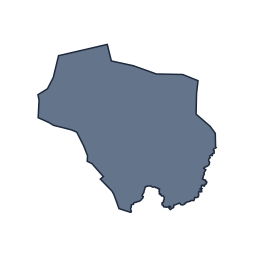 outline of Xairxan, Arhangay, Mongolia, rotated 161°
{"feature_id": "93677404B50954701545850", "entity_name": "Xairxan", "entity_type": "district", "adm_level": 2, "iso_a3": "MNG", "parent_name": "Mongolia", "parent_adm1": "Arhangay", "projection": "natural_earth1", "projection_center": [101.878, 48.564], "detail": "fine", "context": "isolated", "style": "filled", "palette": "slate", "viewbox_px": 256, "rotation_deg": 161, "n_neighbors": 0, "source": "geoboundaries", "source_scale": "gbopen_adm2", "svg_char_len": 5152}
<svg xmlns="http://www.w3.org/2000/svg" viewBox="0 0 256 256"><g transform="rotate(161 128 128)"><path d="M170.1,219.0L182.2,200.1L191.4,191.3L202.3,188.8L203.1,183.1L209.6,167.0L200.8,158.7L197.6,154.8L182.2,144.7L178.6,141.5L177.8,140.6L175.7,125.5L175.3,114.9L177.4,109.8L173.7,106.1L167.1,90.1L170.8,88.7L163.7,73.6L163.0,69.6L162.8,58.1L162.8,54.7L153.0,47.4L152.7,47.3L152.1,48.0L151.9,48.2L151.9,48.6L152.0,48.9L152.0,49.8L152.0,50.1L151.9,50.3L151.8,50.8L151.7,51.0L151.6,51.3L151.2,51.6L150.9,51.8L150.7,52.1L150.5,52.5L150.4,52.8L150.3,53.4L150.2,53.9L150.2,54.1L149.9,54.3L148.9,54.3L148.3,54.1L148.0,54.1L147.7,54.1L147.4,54.4L147.2,54.8L147.1,55.1L146.9,55.3L146.4,55.4L145.6,55.4L145.0,55.1L144.8,55.1L144.6,55.1L144.2,55.2L143.8,55.3L142.9,55.2L142.6,55.1L141.7,55.2L141.2,55.1L140.8,55.2L140.4,55.2L139.9,55.3L139.4,55.5L138.5,56.1L136.9,56.9L136.7,57.1L136.0,57.9L135.9,58.1L135.9,58.3L136.0,58.4L136.6,58.9L136.8,59.2L136.8,59.4L136.6,59.7L136.0,60.3L135.4,60.7L134.6,61.5L134.0,61.9L133.3,63.2L132.9,63.6L132.6,64.2L131.7,65.3L131.6,65.5L131.5,65.8L130.9,66.5L130.8,66.3L130.7,66.3L130.2,66.5L129.8,66.9L129.3,66.9L129.0,66.8L128.3,66.5L128.0,66.5L127.3,66.5L127.0,66.4L126.4,66.1L125.4,65.8L125.2,65.5L124.8,65.0L124.6,64.7L124.3,64.4L123.9,64.1L123.1,63.8L122.8,63.7L122.1,63.7L121.9,63.6L121.7,63.5L121.5,63.2L121.2,62.6L121.1,62.4L120.9,62.3L120.4,62.3L120.2,62.2L119.9,61.8L119.7,61.3L119.5,61.2L119.2,61.1L118.8,60.7L118.7,60.5L118.6,60.2L118.0,60.0L118.0,59.9L118.7,59.6L118.8,59.5L118.8,59.3L118.7,58.8L118.7,58.7L118.8,58.5L119.2,58.0L119.3,57.8L119.3,57.7L119.2,57.4L119.2,57.0L119.5,56.6L119.6,56.1L119.7,55.9L119.9,55.6L119.8,55.4L119.5,55.3L119.0,55.2L118.8,55.2L118.7,55.1L118.7,54.9L119.1,54.4L119.1,54.2L118.4,53.8L118.3,53.7L118.3,53.1L118.2,52.8L118.2,52.7L117.9,52.6L117.2,52.6L116.9,52.3L116.8,52.1L116.6,51.5L116.5,51.3L116.3,50.9L116.3,50.7L116.4,50.3L116.8,49.7L116.9,49.0L116.9,48.9L117.2,48.5L117.5,48.4L117.8,48.1L118.1,47.7L118.2,47.4L118.3,46.8L118.4,46.6L118.6,46.5L118.8,46.4L119.5,46.3L119.8,46.3L120.1,46.2L120.3,46.0L120.4,45.7L120.5,45.0L120.6,44.8L120.8,44.5L120.8,44.3L120.8,44.2L120.6,44.0L120.0,43.6L119.9,43.5L119.8,43.2L120.0,42.7L120.0,42.4L120.0,42.1L119.9,41.9L119.7,41.7L118.9,41.4L118.5,41.2L118.1,41.0L117.7,40.6L117.4,40.5L117.2,40.4L116.6,40.4L116.4,40.4L115.7,40.4L114.7,40.6L114.2,40.6L113.8,40.3L113.6,39.8L113.5,39.6L113.8,39.5L114.5,39.7L114.9,39.8L115.1,39.7L115.3,39.6L115.3,39.0L115.3,38.6L114.7,37.3L114.5,37.1L114.2,37.0L113.6,37.3L113.2,37.5L112.6,37.8L111.5,37.8L111.1,37.9L110.7,38.1L110.5,38.4L110.3,38.7L110.2,39.0L110.2,39.6L110.1,39.8L109.9,39.9L109.4,40.0L108.7,40.1L108.1,40.0L107.4,40.0L107.1,40.1L106.8,40.2L106.1,40.2L105.8,40.2L105.1,40.0L104.9,40.1L104.6,40.2L104.2,40.3L103.7,40.1L103.5,39.8L103.3,39.6L103.2,39.1L103.2,38.7L103.0,38.3L102.7,38.1L102.4,37.9L101.7,37.7L101.1,37.5L100.7,37.4L100.4,37.4L99.8,37.6L99.2,37.6L98.8,37.8L98.7,38.0L98.6,38.4L98.4,38.5L98.2,38.5L97.6,38.4L96.9,38.5L96.4,38.7L96.1,38.7L94.8,38.6L93.8,38.6L93.3,38.5L92.6,38.5L92.4,38.6L92.2,38.9L91.4,38.8L91.0,38.7L90.7,38.5L90.1,38.1L89.4,38.0L89.1,38.2L88.8,38.4L88.3,39.2L88.1,39.7L87.7,40.3L87.4,40.6L87.1,40.6L86.8,40.5L86.6,40.3L86.3,40.1L86.1,40.0L85.9,39.9L85.6,39.8L85.3,39.8L84.7,40.0L84.3,40.1L84.1,40.1L83.8,40.1L83.8,40.4L83.8,40.6L83.7,40.8L83.4,40.9L83.2,41.2L82.8,41.9L82.7,42.4L82.7,42.8L82.7,43.1L82.5,43.3L82.3,43.6L82.2,44.2L81.7,44.8L81.3,44.7L81.0,44.4L80.3,44.0L79.1,43.7L78.9,44.0L78.8,44.5L78.7,45.3L79.4,45.8L79.8,45.9L79.9,46.1L79.9,46.4L79.7,46.9L79.4,47.1L79.1,47.2L78.8,47.1L77.9,46.5L77.7,46.6L78.0,47.1L78.2,47.3L78.3,47.5L78.1,48.0L77.4,48.8L77.3,49.1L77.4,49.5L77.2,49.6L77.0,49.8L76.8,49.8L76.6,49.8L76.2,49.7L75.9,49.5L75.6,48.9L75.4,48.6L75.0,48.2L74.9,48.2L74.5,48.3L74.3,48.4L74.1,49.4L73.9,49.6L73.6,49.7L73.4,49.7L72.4,49.7L72.1,49.7L72.0,49.9L71.2,51.0L71.1,51.6L71.4,51.9L71.7,52.1L71.7,52.3L71.9,52.4L72.0,52.4L72.0,52.7L71.8,53.1L71.6,53.3L71.8,53.7L73.0,54.2L73.2,54.3L73.2,54.8L73.4,54.9L73.5,55.1L74.1,55.3L74.3,55.6L74.2,55.7L73.5,56.4L72.8,57.3L72.6,57.6L72.6,57.8L72.6,58.0L72.2,58.3L71.9,58.6L71.5,58.9L70.9,59.6L70.8,59.9L70.7,60.1L70.8,60.9L70.7,61.1L70.5,61.3L69.1,62.2L68.6,62.6L68.1,63.1L68.0,63.3L68.4,63.8L68.7,64.0L69.3,64.8L69.6,65.2L69.6,65.3L68.9,65.7L68.0,65.9L67.4,66.0L67.0,66.1L66.7,65.9L66.3,65.9L65.5,66.1L64.1,66.5L63.6,66.8L63.1,67.1L63.0,67.4L62.9,67.7L62.8,67.8L62.4,68.3L62.2,68.6L62.0,69.0L62.1,69.7L62.4,70.2L62.4,70.5L62.1,71.5L61.8,72.2L61.5,72.5L61.1,72.7L60.3,72.9L60.1,73.0L59.9,73.2L60.0,73.4L60.1,73.7L60.2,74.0L60.1,74.4L60.0,74.7L59.8,74.9L59.5,75.1L59.1,75.2L58.8,75.2L58.5,75.1L57.8,74.7L57.5,74.5L57.2,74.5L57.1,74.9L57.2,75.2L57.1,75.6L57.0,75.8L56.9,76.1L56.7,76.2L55.9,76.1L55.6,76.1L55.2,76.1L54.9,76.1L54.7,76.2L54.6,76.4L54.7,76.7L54.5,77.1L54.1,77.7L54.0,78.0L54.0,78.4L54.1,78.8L54.3,79.2L54.5,79.3L54.5,79.5L54.4,79.6L54.2,79.6L53.7,80.0L53.5,80.3L53.1,80.5L51.8,80.6L51.4,80.6L51.0,80.8L51.3,81.7L47.2,94.5L49.8,102.9L59.1,118.9L52.0,138.2L46.4,149.9L58.9,160.8L83.7,169.9L102.5,185.0L121.9,196.8L120.4,213.8L170.1,219.0Z" fill="#64748b" stroke="#1e293b" stroke-width="1.5"/></g></svg>